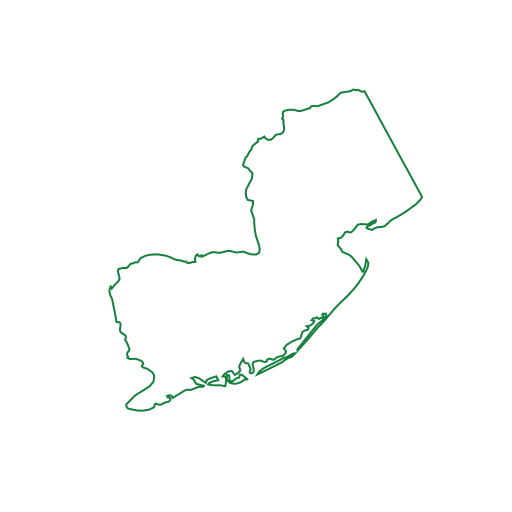 New Jersey, Robinson projection, rotated 32°
{"feature_id": "USA-3558", "entity_name": "New Jersey", "entity_type": "State", "adm_level": 1, "iso_a3": "USA", "parent_name": "United States of America", "parent_adm1": "", "projection": "robinson", "projection_center": [-74.673, 40.14], "detail": "fine", "context": "isolated", "style": "outline", "palette": "green", "viewbox_px": 512, "rotation_deg": 32, "n_neighbors": 0, "source": "natural_earth", "source_scale": "10m", "svg_char_len": 5504}
<svg xmlns="http://www.w3.org/2000/svg" viewBox="0 0 512 512"><g transform="rotate(32 256 256)"><path d="M148.6,357.9L149.1,358.9L149.8,359.6L150.9,360.2L151.2,357.1L152.7,349.7L152.3,347.4L147.8,342.9L146.4,340.9L146.5,339.6L149.4,336.8L151.9,335.3L152.8,334.5L153.2,333.0L153.5,330.7L154.0,328.7L155.8,327.3L156.4,326.1L157.3,325.0L158.8,324.4L159.1,323.7L159.3,319.0L162.2,314.3L166.7,310.1L171.9,306.7L179.4,303.5L185.1,302.3L188.0,302.1L190.3,301.6L195.1,299.5L198.3,298.7L198.5,298.6L199.4,297.7L201.6,298.3L203.6,296.9L205.5,294.7L207.7,293.2L205.7,290.7L204.8,287.6L205.4,285.7L207.7,286.5L209.5,284.3L210.3,285.5L215.6,277.5L217.7,275.3L222.3,273.2L224.1,272.1L229.4,266.6L231.4,265.4L236.4,263.9L237.8,263.3L242.4,259.4L243.7,258.8L247.0,258.3L251.4,257.0L255.3,254.7L256.9,251.6L255.5,248.1L252.1,244.6L245.1,238.9L240.9,234.1L236.4,228.2L236.0,227.2L234.8,225.7L227.8,220.0L226.0,213.7L224.3,211.0L219.1,212.8L216.2,210.9L213.7,207.6L212.4,204.6L211.4,192.0L209.2,187.8L202.5,185.8L198.5,186.5L196.8,185.8L195.8,181.3L195.3,179.6L195.0,177.9L195.6,176.3L195.2,171.2L195.3,169.6L195.7,168.4L195.2,166.8L194.7,164.8L195.3,162.6L197.1,158.0L196.7,157.9L196.2,156.8L196.0,155.4L196.6,154.8L197.6,154.3L198.5,153.0L199.7,150.3L202.2,151.3L204.9,151.0L207.1,149.4L208.0,146.5L208.7,142.6L210.3,141.0L212.1,139.8L213.4,137.0L212.9,133.9L211.0,131.2L209.0,129.0L208.0,127.6L207.8,126.7L207.2,126.1L206.5,125.9L205.7,125.9L205.2,125.7L205.2,125.1L205.3,124.3L205.2,123.7L203.7,121.7L202.9,120.4L202.6,119.3L204.0,116.7L207.0,114.2L210.1,112.2L212.1,111.5L215.0,110.7L217.5,108.9L222.9,102.5L223.4,102.3L223.5,101.9L223.4,99.9L224.0,99.2L225.2,98.2L226.6,97.5L227.6,97.1L229.3,95.8L236.1,87.2L239.3,80.1L240.6,75.6L240.7,74.5L241.6,72.3L248.8,66.1L249.1,65.7L249.8,64.1L250.2,63.4L250.8,63.0L252.3,62.8L254.0,61.4L255.4,60.9L258.3,60.7L260.9,59.1L260.9,58.9L274.0,66.2L287.0,73.6L300.1,81.0L313.2,88.4L326.3,95.8L339.4,103.1L352.5,110.5L365.6,117.9L365.6,121.0L364.2,127.5L359.4,139.3L354.5,149.0L352.6,151.9L351.6,154.2L351.0,156.5L350.7,158.1L349.8,160.4L349.3,162.6L347.1,164.8L344.1,166.9L341.7,169.8L340.8,172.2L338.9,172.9L336.2,173.7L334.7,173.5L335.1,171.7L339.5,164.0L338.6,162.0L336.8,164.4L335.8,166.3L334.7,168.7L333.6,170.7L332.2,170.9L329.8,172.4L328.3,173.1L325.7,175.5L325.0,182.4L324.2,185.5L322.7,186.4L320.5,187.0L319.0,188.8L319.1,191.3L318.6,195.0L317.8,196.4L316.1,197.6L317.8,199.9L319.6,203.6L324.2,205.0L326.3,206.4L327.5,206.7L334.3,205.6L337.7,206.0L349.3,209.8L354.6,213.0L355.2,212.1L354.3,209.8L353.9,206.7L351.2,200.3L355.0,202.3L356.4,205.4L356.9,208.6L357.5,214.2L357.3,225.0L356.4,232.7L354.8,241.3L352.3,250.9L351.3,255.2L350.4,260.0L349.7,265.1L348.9,270.1L348.5,273.4L347.6,278.4L346.0,285.4L345.6,288.9L344.9,293.7L344.3,298.3L341.5,314.4L340.6,313.3L343.1,290.5L344.2,282.4L345.1,279.2L346.2,276.0L347.0,272.2L347.1,269.1L345.7,267.9L343.1,269.7L343.4,270.9L344.9,271.2L345.4,273.0L343.8,273.9L342.8,276.1L340.0,275.7L339.3,277.5L337.6,278.4L337.1,281.0L339.8,280.3L340.2,282.7L338.9,286.2L336.2,288.7L338.8,289.2L339.2,290.7L337.0,293.3L335.7,295.7L336.3,298.8L337.1,301.5L337.0,302.6L334.5,305.5L331.8,309.5L329.1,315.1L328.6,319.6L332.2,321.1L332.5,323.4L331.8,326.2L331.6,326.9L329.8,328.1L327.5,330.7L325.9,334.8L321.5,336.0L320.4,338.0L321.0,339.6L319.8,341.2L317.2,342.0L315.2,342.3L313.1,343.9L310.2,347.0L310.1,349.3L313.6,352.6L315.4,355.6L314.4,358.0L312.6,358.3L311.9,357.0L311.6,355.4L311.2,354.5L306.2,351.2L304.2,352.3L302.5,352.2L301.0,351.2L299.7,350.1L299.8,356.1L300.5,359.0L302.1,360.2L303.4,361.4L302.9,364.1L301.2,368.0L299.2,367.5L297.8,366.7L296.3,366.5L294.3,368.0L293.4,369.3L292.5,371.4L291.7,373.7L291.6,375.8L294.0,374.6L296.1,376.5L297.8,379.7L298.9,382.7L294.8,384.3L287.0,389.0L283.4,390.2L283.4,389.3L284.6,387.0L286.2,384.9L289.8,381.4L286.1,379.1L281.8,384.3L280.0,387.2L280.6,389.3L280.6,390.2L272.1,389.9L268.4,390.9L266.0,393.7L268.4,393.8L270.1,394.5L271.6,395.4L273.4,396.0L280.6,393.7L280.6,394.8L276.9,397.2L271.3,404.5L268.3,406.0L266.8,408.0L260.5,420.6L259.1,419.5L257.7,419.4L256.3,420.1L255.0,421.6L255.7,421.6L255.8,421.8L255.8,422.1L256.0,422.7L257.3,421.9L258.5,422.1L259.4,423.1L259.6,424.9L258.9,426.0L255.7,429.4L254.6,431.9L253.5,432.9L252.2,433.6L248.9,434.5L248.8,435.7L249.3,437.2L249.6,438.4L246.9,442.8L242.5,446.8L237.3,449.9L229.6,452.8L228.1,453.1L226.7,452.8L224.9,451.3L224.7,449.6L225.3,447.8L225.7,445.8L226.4,442.8L227.0,439.6L228.1,436.8L234.7,423.3L235.7,416.9L233.2,411.6L231.0,410.1L228.9,409.5L223.5,409.3L222.5,409.5L220.2,410.2L218.9,410.4L217.7,410.0L217.5,409.1L217.6,407.8L217.1,406.5L215.3,405.9L212.5,406.0L208.3,407.0L206.4,408.2L205.0,409.4L203.5,410.3L201.1,410.4L201.3,409.6L199.4,408.5L198.4,407.0L198.1,405.6L198.6,403.6L198.4,402.7L197.2,401.4L192.4,397.8L190.5,397.0L189.4,396.3L188.4,393.2L187.4,392.5L182.3,392.5L180.2,391.4L178.9,389.1L177.9,386.5L176.5,384.8L175.3,384.6L174.2,385.1L173.4,385.7L172.7,385.8L171.7,385.0L171.1,384.2L170.6,383.4L157.0,369.0L153.0,366.3L149.8,363.0L148.6,357.9ZM336.3,324.4L338.2,320.6L339.4,318.8L340.9,317.7L339.9,322.1L336.7,326.6L334.3,332.4L329.4,340.6L323.1,350.8L319.9,355.8L319.9,354.5L320.1,353.8L320.1,351.7L322.0,347.1L332.7,329.2L336.3,324.4ZM306.2,368.0L305.1,365.1L307.2,364.2L313.8,365.1L313.4,365.9L312.3,366.7L311.7,366.9L309.9,371.4L306.2,375.4L301.6,377.4L297.3,376.7L294.3,372.4L296.6,371.5L297.8,372.9L298.9,374.9L300.8,375.8L302.5,374.6L304.5,369.7L306.2,368.0Z" fill="none" stroke="#15803d" stroke-width="2"/></g></svg>